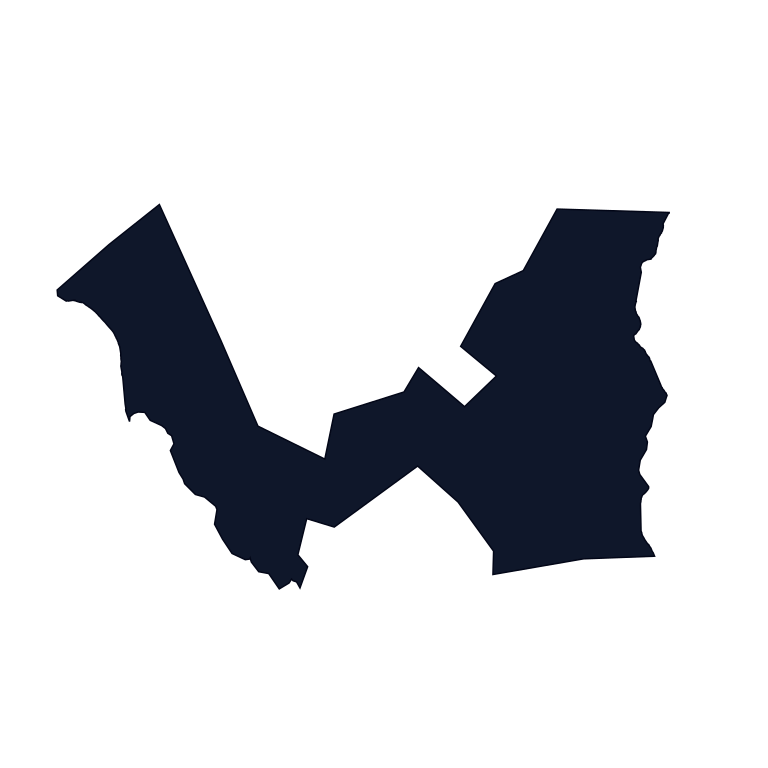 the district of Chinhoyi, Mashonaland West, Zimbabwe, rotated 351°
{"feature_id": "62879985B33346343467018", "entity_name": "Chinhoyi", "entity_type": "district", "adm_level": 2, "iso_a3": "ZWE", "parent_name": "Zimbabwe", "parent_adm1": "Mashonaland West", "projection": "natural_earth1", "projection_center": [30.145, -17.351], "detail": "fine", "context": "isolated", "style": "filled", "palette": "ink", "viewbox_px": 768, "rotation_deg": 351, "n_neighbors": 0, "source": "geoboundaries", "source_scale": "gbopen_adm2", "svg_char_len": 4374}
<svg xmlns="http://www.w3.org/2000/svg" viewBox="0 0 768 768"><g transform="rotate(351 384 384)"><path d="M692.5,259.2L582.3,238.3L539.3,293.8L509.5,302.2L465.6,358.8L496.3,393.7L460.0,419.0L443.5,399.7L420.7,373.2L402.5,395.0L330.0,405.9L313.8,448.9L252.9,405.9L229.7,315.5L229.6,315.2L204.1,222.2L190.2,171.6L134.3,203.2L75.9,240.0L75.5,245.8L83.1,252.4L83.8,252.3L84.2,252.3L85.2,252.7L90.6,252.7L91.0,252.7L91.0,253.1L91.4,253.1L91.7,253.1L92.1,253.1L92.1,253.5L92.5,253.5L92.9,254.0L96.4,255.7L96.8,255.7L97.6,255.7L97.6,256.1L99.5,256.5L99.9,257.0L100.7,257.8L101.4,258.7L102.2,259.6L103.4,260.5L104.6,261.8L106.1,263.1L107.7,264.8L108.8,266.1L109.6,267.0L110.4,267.9L111.2,269.2L111.9,270.0L112.3,270.9L112.7,271.3L113.1,272.2L113.9,273.1L114.7,274.4L115.5,275.7L116.6,277.4L118.2,279.6L119.7,282.2L121.3,284.8L122.5,286.6L123.6,288.3L124.8,290.5L125.6,292.7L126.0,294.4L126.4,295.3L126.8,297.1L127.2,297.9L127.6,299.7L128.0,301.0L128.0,302.3L128.4,304.1L128.8,305.8L128.8,307.6L128.8,311.1L128.8,312.8L128.4,314.6L128.4,316.3L128.1,318.1L128.1,320.7L127.7,322.0L127.3,323.8L126.9,325.1L126.9,327.3L127.0,331.2L126.6,333.0L126.6,334.3L127.0,335.1L127.0,335.6L127.0,336.5L127.0,336.9L125.2,363.1L125.2,364.4L125.2,365.3L125.2,366.2L125.2,367.5L125.2,367.9L124.8,368.8L124.8,369.7L124.8,370.1L124.8,370.6L126.8,381.3L128.0,376.5L132.3,374.0L136.8,373.2L143.3,374.6L147.4,383.3L157.8,390.2L161.2,393.8L162.8,398.9L166.2,401.9L166.2,402.3L167.2,410.2L162.6,416.3L167.7,439.4L170.7,446.5L171.5,451.3L180.4,463.6L189.1,467.6L198.6,478.4L199.4,481.9L194.7,496.0L200.3,512.1L207.4,527.6L219.5,535.8L224.0,535.9L224.6,534.9L225.1,539.1L230.9,549.8L240.5,553.2L248.5,570.0L259.1,565.7L262.2,562.2L263.4,564.1L266.7,565.8L269.1,572.3L280.0,552.5L272.2,539.2L286.6,504.9L312.5,517.5L403.8,470.6L404.4,470.3L438.7,512.2L466.1,566.2L461.8,589.2L475.3,589.0L553.8,587.9L624.3,596.4L623.9,594.7L623.5,592.9L622.7,591.2L622.3,589.4L621.9,587.7L621.2,586.4L620.8,585.5L620.4,584.2L619.6,583.3L618.8,582.0L617.2,578.5L616.5,576.4L615.7,574.6L615.3,572.9L615.3,571.1L614.9,569.4L618.6,542.2L619.3,540.4L619.7,538.7L620.1,537.8L620.1,536.9L620.5,536.5L620.9,536.0L620.9,535.6L621.3,535.2L621.6,534.7L622.4,533.8L624.0,533.0L625.9,531.6L627.8,529.9L629.0,528.5L629.3,527.2L629.3,526.7L622.5,513.4L622.1,509.9L622.0,508.9L625.2,499.3L633.0,489.8L635.1,482.5L634.0,476.4L641.2,467.8L643.9,460.5L645.3,456.4L651.7,450.4L658.5,446.0L661.3,440.3L661.7,439.9L661.7,439.4L661.7,439.0L661.3,438.6L661.3,437.2L660.5,436.4L659.4,433.8L658.6,432.5L658.2,432.0L658.2,431.1L657.8,430.7L657.4,429.4L657.4,429.0L651.1,403.2L650.7,403.2L650.7,402.8L650.3,401.5L650.3,400.2L649.9,398.9L648.3,396.7L648.3,396.2L647.9,395.8L647.5,394.9L647.5,394.5L647.1,393.6L647.1,392.7L646.7,392.3L646.7,391.4L646.0,390.6L645.6,390.0L645.2,389.3L643.6,388.0L642.8,387.1L642.4,385.8L642.1,385.3L641.3,384.5L640.9,383.6L640.5,383.2L640.1,382.7L639.3,382.3L639.3,381.9L638.9,381.4L638.1,379.7L638.1,379.2L638.1,378.8L638.1,377.9L638.1,377.1L638.1,376.2L638.1,375.7L638.1,375.3L638.5,374.9L639.3,374.4L639.7,374.0L640.0,374.0L640.4,374.0L643.5,370.9L644.3,370.4L644.7,370.0L645.1,369.1L645.8,368.2L646.2,367.4L646.6,366.0L647.0,365.2L647.0,364.3L647.0,363.0L646.9,362.1L646.9,361.2L646.6,360.4L646.5,359.9L646.5,359.0L646.1,357.7L645.4,356.9L645.0,355.6L644.2,353.8L644.2,352.1L643.8,351.2L643.8,350.3L643.8,349.4L643.8,349.0L643.8,348.1L643.8,347.2L644.1,346.4L644.5,345.1L644.9,344.2L645.3,343.3L645.7,342.4L645.7,342.0L646.1,342.0L646.1,341.1L646.0,340.7L646.4,339.8L655.6,313.9L655.5,311.3L655.5,310.4L655.5,309.5L655.5,308.6L656.3,307.3L656.7,306.4L657.1,305.6L657.8,304.7L658.2,304.2L658.6,303.8L659.4,303.8L660.1,303.3L660.9,303.3L661.3,302.9L662.1,302.9L662.8,302.4L664.0,302.4L664.8,302.4L666.3,302.4L666.7,302.4L667.1,302.4L667.1,302.0L667.5,302.0L667.9,301.5L668.6,301.1L669.8,300.2L671.0,299.3L671.7,298.4L672.5,298.0L672.9,297.1L672.9,296.7L673.3,296.2L673.3,295.4L673.6,294.5L674.0,293.6L674.4,292.3L674.8,291.4L675.5,290.5L675.9,289.2L676.3,287.9L676.7,286.6L677.1,285.7L677.4,284.8L677.4,283.5L678.2,282.2L678.6,281.3L679.7,280.4L680.5,279.1L681.7,278.2L682.0,277.3L682.8,276.5L683.2,275.6L683.6,274.7L684.0,273.8L684.3,273.4L684.3,272.5L684.7,271.6L684.7,271.2L684.7,270.3L684.7,269.4L691.2,260.6L691.6,259.8L692.0,259.8L692.4,259.8L692.5,259.2Z" fill="#0f172a" stroke="#020617" stroke-width="1.5"/></g></svg>